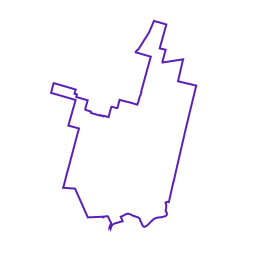 the district of Alexandru Odobescu, Calarasi, Romania, rotated 349°
{"feature_id": "2599482B54929326220532", "entity_name": "Alexandru Odobescu", "entity_type": "district", "adm_level": 2, "iso_a3": "ROU", "parent_name": "Romania", "parent_adm1": "Calarasi", "projection": "orthographic", "projection_center": [27.086, 44.315], "detail": "fine", "context": "isolated", "style": "outline", "palette": "violet", "viewbox_px": 256, "rotation_deg": 349, "n_neighbors": 0, "source": "geoboundaries", "source_scale": "gbopen_adm2", "svg_char_len": 3944}
<svg xmlns="http://www.w3.org/2000/svg" viewBox="0 0 256 256"><g transform="rotate(349 128 128)"><path d="M91.6,223.6L92.3,222.6L92.5,222.2L92.9,221.6L93.5,220.7L93.9,220.0L96.5,219.3L97.4,219.1L98.5,219.0L99.6,219.0L100.3,218.9L101.6,218.7L102.4,218.6L103.5,218.6L104.9,218.6L104.8,218.2L104.7,217.4L104.4,215.7L104.0,213.7L104.9,213.6L105.9,213.3L107.9,212.8L109.6,212.2L111.0,212.1L111.8,212.1L112.0,212.2L114.2,213.4L114.6,213.8L116.1,215.0L116.3,215.2L116.5,215.3L117.4,215.6L119.1,216.8L119.8,217.0L120.5,217.5L121.1,217.9L121.4,218.4L122.4,219.7L122.4,220.2L122.4,221.3L122.4,221.9L122.7,222.5L123.0,223.3L123.2,224.0L123.3,224.7L123.3,225.3L123.5,225.9L123.9,226.5L124.2,227.6L125.3,228.2L126.1,228.0L128.5,227.2L129.6,226.5L132.3,224.5L133.8,223.5L134.6,223.2L136.0,222.3L137.1,221.9L138.0,221.7L138.6,221.7L139.1,221.8L139.8,221.6L140.3,221.5L141.0,221.7L142.9,221.9L143.5,221.8L143.9,222.0L145.2,221.9L147.6,221.7L148.8,221.3L149.5,220.7L149.7,219.8L149.9,219.3L149.9,219.0L149.8,218.7L149.8,218.1L149.7,217.8L149.2,217.3L149.2,215.8L150.1,214.4L150.2,213.7L150.3,213.0L150.5,212.3L150.8,211.5L150.9,210.8L150.8,209.7L150.8,209.3L150.8,209.2L150.6,208.9L150.5,208.6L151.5,208.0L151.8,207.9L152.0,207.9L152.3,207.9L152.5,208.0L153.9,208.6L154.7,206.9L162.3,189.4L162.5,189.5L165.5,182.6L177.8,154.9L185.8,137.0L188.9,130.3L189.2,129.6L200.0,106.1L203.1,99.4L186.0,91.7L194.7,72.1L195.2,71.1L174.4,70.3L174.4,69.6L179.9,58.4L174.3,55.9L185.4,33.7L185.2,33.6L183.9,32.9L180.7,31.3L179.0,30.4L176.7,29.3L174.9,28.3L174.3,28.0L173.9,27.8L173.5,28.5L173.1,29.1L172.0,30.6L171.2,31.9L170.4,33.1L169.4,34.5L166.9,38.2L163.6,41.8L161.4,44.0L157.1,48.7L153.3,52.7L153.0,52.9L151.5,53.5L151.0,53.8L150.5,54.3L150.3,54.6L150.0,55.2L152.8,56.6L158.0,59.3L164.0,62.3L162.3,65.8L159.8,70.7L154.4,81.6L148.0,94.6L147.9,94.7L148.0,95.2L148.0,95.4L147.9,95.7L146.5,98.1L146.2,98.5L145.9,98.9L145.6,99.3L143.2,104.1L142.6,105.2L142.5,105.3L142.3,105.5L141.6,106.9L136.3,104.1L134.1,103.0L132.3,102.2L129.7,101.0L128.2,100.3L125.1,98.7L124.1,100.9L123.4,102.3L122.6,104.2L121.4,106.4L121.1,106.5L120.9,106.4L119.2,105.6L118.6,105.3L117.8,104.8L116.9,104.4L116.1,104.0L115.9,104.0L115.7,104.1L114.1,107.1L112.6,110.3L111.0,113.6L106.2,111.3L105.7,111.8L103.2,109.9L102.7,110.4L96.0,106.9L94.6,106.2L94.4,106.0L94.4,105.8L94.4,105.5L94.7,105.0L94.7,104.9L94.6,104.7L89.6,102.0L89.5,101.9L89.5,101.7L90.3,99.9L92.7,95.1L93.7,93.1L83.1,87.7L84.3,85.3L82.0,84.1L83.9,80.4L84.0,80.3L83.9,80.2L75.4,75.8L67.6,71.8L63.6,69.8L62.0,72.9L60.6,75.9L59.2,78.9L61.6,80.1L65.8,82.2L69.1,83.9L81.9,90.5L79.9,94.6L77.3,99.6L76.1,102.0L74.2,105.8L69.9,114.3L79.7,119.0L79.8,119.1L78.9,121.0L78.5,121.7L77.6,123.5L76.9,125.0L76.1,126.7L74.9,129.0L73.3,132.4L72.7,133.6L70.3,138.6L68.6,142.1L65.6,148.2L64.8,149.9L64.1,151.4L62.9,153.9L61.3,157.1L59.2,161.3L58.0,163.8L55.9,168.3L54.8,170.6L53.6,173.0L53.0,174.1L52.9,174.3L54.1,174.6L55.2,174.9L56.8,175.3L58.9,175.9L59.9,176.2L63.3,177.1L64.5,177.4L65.2,180.7L66.3,185.5L68.2,193.6L69.0,197.0L69.1,197.4L69.5,199.4L70.7,204.7L71.3,206.9L71.5,208.1L72.9,208.3L73.8,208.4L74.7,208.6L78.4,209.1L80.5,209.4L80.8,209.5L81.0,209.5L81.4,209.6L81.7,209.6L82.0,209.7L82.6,209.7L83.5,209.9L85.2,210.1L86.5,210.2L86.5,210.3L86.6,210.5L86.5,210.8L86.5,211.0L86.8,211.0L87.5,210.7L88.2,210.5L88.5,210.4L88.8,210.4L89.0,210.4L89.8,210.5L90.3,210.6L90.8,210.7L91.0,210.7L91.0,210.8L91.2,211.1L91.5,211.4L91.5,211.5L91.7,212.0L91.8,212.7L92.0,213.2L92.0,213.4L92.1,213.7L92.3,214.7L92.4,215.1L92.6,215.8L92.8,216.3L92.9,216.7L93.0,216.9L93.1,217.1L93.2,217.3L93.3,217.5L93.3,217.8L93.3,218.0L93.2,218.2L93.0,218.6L92.9,218.8L92.7,219.1L92.1,220.0L91.6,220.5L91.5,220.8L91.4,221.1L91.0,221.5L90.9,221.9L91.0,221.8L91.2,221.7L91.3,221.6L91.6,221.5L91.9,221.2L92.0,221.2L92.2,221.3L92.2,221.5L92.1,221.9L91.9,222.3L91.9,222.5L91.8,222.9L91.7,223.2L91.6,223.4L91.6,223.5L91.6,223.6Z" fill="none" stroke="#5b21b6" stroke-width="2"/></g></svg>